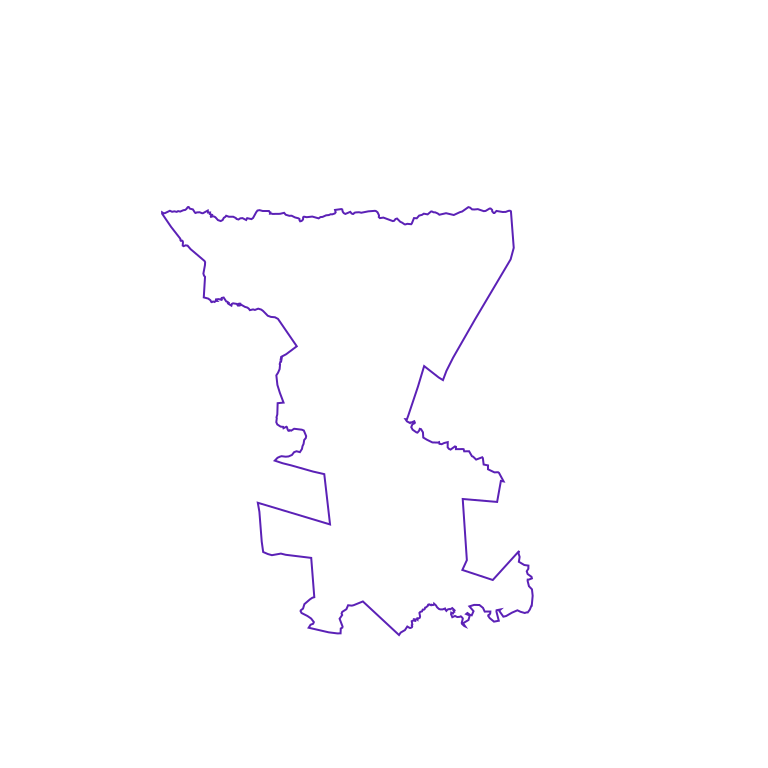 Cosolapa, Veracruz, Mexico (Mercator projection), rotated 324°
{"feature_id": "50627088B71851344630431", "entity_name": "Cosolapa", "entity_type": "district", "adm_level": 2, "iso_a3": "MEX", "parent_name": "Mexico", "parent_adm1": "Veracruz", "projection": "mercator", "projection_center": [-96.661, 18.58], "detail": "fine", "context": "isolated", "style": "outline", "palette": "violet", "viewbox_px": 768, "rotation_deg": 324, "n_neighbors": 0, "source": "geoboundaries", "source_scale": "gbopen_adm2", "svg_char_len": 6166}
<svg xmlns="http://www.w3.org/2000/svg" viewBox="0 0 768 768"><g transform="rotate(324 384 384)"><path d="M588.2,318.9L587.7,317.8L586.5,317.1L583.6,316.3L581.1,314.6L576.7,310.1L573.9,310.6L573.2,310.1L573.0,308.0L573.8,306.7L573.4,304.7L572.5,304.1L567.9,303.7L566.3,302.8L562.7,297.7L559.8,296.0L557.9,294.5L557.3,291.9L556.2,290.5L548.6,290.4L546.4,289.6L539.8,288.3L534.6,282.3L528.3,279.6L527.7,277.6L526.3,275.2L525.0,274.2L524.1,272.5L523.4,272.1L519.0,272.4L516.3,269.6L514.2,269.5L511.4,268.4L507.9,269.2L505.8,267.4L500.8,270.5L499.9,270.7L497.0,268.1L495.2,267.5L494.5,266.9L493.5,264.1L492.5,262.3L491.8,257.8L490.3,257.3L488.1,257.9L486.9,257.4L481.3,249.0L478.2,247.4L477.9,245.9L479.1,244.6L479.7,241.3L479.2,239.5L478.5,238.6L472.8,235.1L466.3,232.1L464.8,230.4L462.2,228.7L460.8,228.1L459.2,228.4L458.7,228.1L458.0,227.0L457.9,224.9L452.7,223.7L451.9,222.1L451.9,220.3L452.8,218.2L452.3,217.4L446.7,214.4L445.8,216.7L444.4,217.1L441.8,216.3L440.6,215.3L438.7,214.9L436.3,213.5L432.5,212.7L430.7,211.6L428.5,211.6L424.4,206.4L419.5,203.6L417.6,201.6L416.6,201.6L415.4,203.1L414.2,203.6L413.0,203.6L411.8,203.1L411.9,201.9L412.6,200.9L412.2,199.7L409.9,196.9L408.2,193.6L406.2,192.2L404.0,189.3L403.8,186.8L399.9,185.2L393.8,180.9L393.2,180.0L391.9,179.2L392.9,178.3L392.5,177.8L392.6,176.4L387.6,172.8L385.5,170.2L383.6,169.3L381.6,169.9L375.7,172.7L373.7,172.7L370.8,169.4L368.9,170.3L367.0,166.6L365.1,165.5L363.0,165.4L361.7,163.8L361.7,162.7L360.3,160.0L356.9,157.6L355.2,155.1L354.0,155.5L352.1,155.4L349.8,156.5L347.7,156.2L346.0,153.8L345.6,150.0L345.0,148.7L344.3,147.8L342.3,147.1L342.5,146.4L344.2,145.9L343.0,144.1L344.1,143.0L342.4,141.9L343.4,140.1L337.9,139.4L337.2,138.9L335.8,136.7L333.5,135.2L332.1,134.9L331.8,134.3L332.0,130.4L330.0,128.0L330.0,126.0L329.2,125.6L326.8,126.3L325.4,126.3L323.9,125.5L320.5,124.7L319.0,123.1L317.5,122.9L315.9,121.1L313.8,120.1L312.6,118.0L307.2,117.0L306.1,116.4L305.4,114.7L304.6,115.8L304.1,131.8L304.6,146.7L303.8,148.2L303.9,148.9L304.8,149.1L305.1,149.8L304.8,151.0L302.5,153.7L302.9,154.7L305.0,155.2L306.4,156.6L306.8,161.3L310.7,177.3L311.1,178.9L310.9,180.3L309.0,182.6L302.8,188.5L302.1,190.5L302.2,192.1L289.1,208.0L292.0,211.6L292.8,214.2L292.5,216.1L292.8,216.6L294.2,216.8L295.2,218.1L296.6,217.8L297.7,218.6L297.4,217.2L297.8,216.8L300.2,218.2L302.1,220.5L302.4,220.4L302.5,219.3L303.3,219.0L305.1,219.8L304.9,224.4L305.8,225.7L305.2,226.8L306.0,227.3L305.4,228.0L306.6,230.9L307.9,229.8L309.3,230.0L311.9,232.6L311.9,234.7L312.5,235.1L312.7,234.1L313.4,233.6L314.5,234.1L315.0,234.6L314.3,235.9L315.2,236.2L316.8,239.8L318.4,241.9L318.9,243.6L318.9,245.4L321.9,246.7L323.1,248.2L326.5,249.1L328.4,251.6L329.1,253.8L330.1,260.5L332.0,263.3L335.0,265.9L336.5,269.0L335.6,302.2L322.2,302.4L316.8,301.6L315.3,303.0L316.3,303.1L313.8,305.5L313.1,305.2L311.3,306.6L311.3,307.2L308.3,310.6L304.9,312.6L302.0,313.7L297.2,322.1L294.6,329.8L291.8,340.0L286.7,337.0L279.8,345.9L277.4,347.8L277.2,348.6L274.4,351.6L273.9,354.0L275.3,357.7L277.2,359.4L276.7,360.7L279.9,361.2L280.1,361.8L279.3,364.2L279.2,365.7L280.0,366.2L280.7,366.0L281.5,367.2L285.0,367.4L290.7,372.7L291.8,374.5L290.4,380.4L288.9,381.8L286.5,382.4L283.7,385.2L281.5,386.4L279.5,388.3L275.9,389.7L273.7,387.0L271.2,386.3L267.8,387.3L264.2,386.5L261.7,385.0L258.7,382.2L257.0,381.6L254.5,381.1L250.6,381.8L255.4,388.5L261.1,395.3L275.1,413.1L282.7,421.8L257.8,465.9L212.1,405.9L208.1,414.1L192.4,439.7L187.5,448.9L190.1,453.3L192.7,456.6L200.9,460.6L204.1,464.4L222.9,481.9L202.3,515.5L200.4,514.8L197.6,514.7L190.2,515.3L186.5,518.1L183.6,518.2L183.0,518.7L182.7,520.8L185.7,526.7L187.2,530.9L187.3,535.4L185.8,536.3L183.1,535.6L179.8,536.9L193.3,552.4L199.6,558.3L202.3,560.2L205.3,556.4L207.1,556.6L207.9,555.9L210.1,547.8L214.4,546.3L214.7,544.8L216.3,543.8L221.2,544.1L224.9,541.9L227.7,544.4L229.4,545.1L239.1,547.5L248.6,595.9L251.4,594.9L256.3,595.4L260.3,593.9L261.4,596.4L262.2,597.0L263.6,597.2L264.4,596.6L264.7,595.4L265.5,595.3L267.0,592.2L268.5,592.4L269.8,593.7L270.2,592.1L270.8,592.6L271.0,593.5L272.4,593.4L272.6,594.3L273.4,593.3L273.8,593.9L275.6,594.1L276.6,593.2L278.1,590.0L279.5,589.7L281.1,590.3L282.7,589.3L283.6,590.0L284.8,589.9L285.8,589.1L286.8,589.4L289.6,589.1L290.0,588.5L291.0,588.8L292.0,590.6L292.6,590.4L293.6,591.6L294.7,591.9L295.4,591.2L295.9,593.7L295.7,595.8L296.2,598.2L297.1,599.5L298.9,600.8L301.4,601.5L301.0,602.9L301.1,604.2L302.7,603.8L304.6,604.4L305.1,605.2L307.5,605.4L308.0,608.3L307.1,608.1L306.9,609.6L306.4,609.5L304.9,610.2L304.0,608.5L302.9,609.7L302.2,612.8L305.1,613.4L306.3,615.6L308.3,616.8L309.6,617.1L310.0,619.2L309.8,620.2L306.4,623.0L306.1,624.0L306.7,627.0L307.2,627.9L307.3,624.0L313.6,624.6L317.3,621.7L315.3,618.4L316.9,618.3L317.8,621.2L319.0,622.7L322.9,620.4L322.4,614.1L327.1,615.7L331.3,618.9L332.5,623.3L331.7,627.3L336.3,630.6L335.1,632.0L333.8,632.6L332.9,632.2L332.0,632.8L331.9,635.5L333.3,640.9L337.7,643.0L341.2,634.2L342.1,633.2L345.8,634.9L343.9,635.1L343.8,642.4L346.4,643.5L353.1,644.2L358.9,645.5L360.6,648.6L363.3,652.0L365.2,652.6L366.0,653.3L369.4,652.2L373.1,649.9L373.3,650.1L379.8,642.7L383.0,637.1L382.4,632.8L384.5,627.6L385.3,626.7L386.3,627.4L389.4,628.2L390.0,626.7L388.5,622.2L389.4,619.4L392.2,618.3L394.1,615.8L391.1,612.9L388.6,607.1L392.1,603.6L393.3,600.0L395.2,598.5L356.8,606.5L338.1,580.5L347.5,575.2L380.1,523.3L406.2,545.9L421.6,531.1L423.5,533.1L424.8,523.5L424.4,522.4L421.4,520.4L418.0,514.1L420.3,511.0L417.3,507.7L420.4,502.1L420.4,501.0L414.1,499.3L413.4,495.2L412.7,494.1L413.3,488.4L409.3,485.6L410.1,483.6L409.7,483.1L403.9,479.0L405.3,477.1L404.7,476.2L399.3,476.2L398.4,474.6L398.3,472.6L401.4,468.5L398.0,467.1L395.3,466.6L393.7,465.0L394.4,463.4L393.2,463.1L388.8,459.7L386.0,454.4L384.3,450.4L387.1,446.0L387.4,442.3L386.6,441.3L385.0,442.4L382.5,443.0L381.8,442.2L380.3,437.8L380.7,434.9L383.3,433.3L385.7,433.7L386.2,433.5L386.6,431.9L383.5,431.2L382.8,430.6L382.1,430.9L380.6,427.7L380.7,425.1L381.8,426.0L384.8,424.0L409.9,406.1L427.0,393.1L432.1,410.9L434.0,415.5L442.2,410.1L455.4,403.3L495.7,385.2L559.7,357.6L569.0,350.1L588.2,318.9Z" fill="none" stroke="#5b21b6" stroke-width="2"/></g></svg>